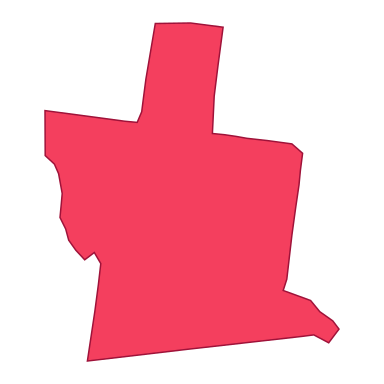 Campo Bom, Rio Grande do Sul, Brazil (Mercator projection)
{"feature_id": "56859067B26450975803868", "entity_name": "Campo Bom", "entity_type": "district", "adm_level": 2, "iso_a3": "BRA", "parent_name": "Brazil", "parent_adm1": "Rio Grande do Sul", "projection": "mercator", "projection_center": [-51.046, -29.666], "detail": "fine", "context": "isolated", "style": "filled", "palette": "rose", "viewbox_px": 384, "rotation_deg": 0, "n_neighbors": 0, "source": "geoboundaries", "source_scale": "gbopen_adm2", "svg_char_len": 686}
<svg xmlns="http://www.w3.org/2000/svg" viewBox="0 0 384 384"><path d="M339.0,329.1L332.8,320.9L319.8,311.7L310.6,300.5L283.2,290.5L286.8,279.2L291.9,235.2L295.7,207.5L299.0,185.0L300.4,170.4L302.6,153.3L291.9,143.9L267.6,140.6L246.8,138.3L236.1,136.4L224.5,134.7L212.4,133.5L214.2,96.2L218.0,65.5L223.1,27.2L190.6,23.0L155.3,23.5L145.9,79.1L143.2,99.9L141.7,111.8L137.2,122.4L124.5,121.2L45.0,110.6L45.2,155.6L54.4,164.1L58.6,173.7L62.2,193.5L61.3,203.7L60.0,217.5L65.7,229.0L68.7,240.2L75.8,250.2L84.7,259.8L94.3,252.5L100.8,263.6L98.4,284.4L94.8,311.7L87.4,361.0L187.4,349.3L302.0,336.4L313.8,334.9L328.7,342.8L339.0,329.1Z" fill="#f43f5e" stroke="#9f1239" stroke-width="1.5"/></svg>